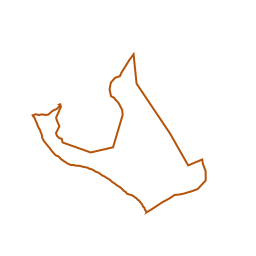 Malgretoute, Soufrière, Saint Lucia (Albers equal-area conic projection), rotated 294°
{"feature_id": "8701671B92996832063401", "entity_name": "Malgretoute", "entity_type": "district", "adm_level": 2, "iso_a3": "LCA", "parent_name": "Saint Lucia", "parent_adm1": "Soufrière", "projection": "albers", "projection_center": [-61.062, 13.843], "detail": "fine", "context": "isolated", "style": "outline", "palette": "amber", "viewbox_px": 256, "rotation_deg": 294, "n_neighbors": 0, "source": "geoboundaries", "source_scale": "gbopen_adm2", "svg_char_len": 3492}
<svg xmlns="http://www.w3.org/2000/svg" viewBox="0 0 256 256"><g transform="rotate(294 128 128)"><path d="M91.2,71.9L91.1,71.7L90.8,69.4L91.9,66.4L94.0,64.3L101.7,64.6L106.3,59.6L108.3,58.1L116.9,58.1L120.1,58.1L122.1,56.4L121.6,55.9L121.6,56.1L121.0,57.0L119.5,56.2L119.2,56.0L118.5,55.9L117.0,55.5L115.5,54.3L114.5,53.3L113.7,52.7L112.6,51.9L111.7,51.5L111.0,51.2L109.9,50.7L109.6,50.6L107.7,49.6L107.0,48.4L106.8,48.1L105.9,46.3L105.9,45.0L104.6,42.4L104.1,42.0L103.7,41.7L103.4,40.1L103.5,39.9L103.4,40.0L103.3,39.6L103.3,38.8L102.6,37.6L100.8,35.7L100.5,36.1L100.3,36.3L100.1,36.6L100.0,36.8L99.9,37.1L99.8,37.5L99.7,38.0L99.2,38.5L98.8,39.0L98.5,39.4L98.4,39.4L97.9,39.9L97.6,40.1L97.4,40.4L97.0,40.7L96.9,40.9L96.7,41.1L96.4,41.4L96.1,41.8L95.8,42.2L95.5,42.6L95.2,43.0L94.8,43.3L94.6,43.4L94.4,43.5L94.1,43.8L93.8,44.1L93.6,44.4L93.3,44.7L93.0,45.0L92.6,45.5L92.3,45.8L91.9,46.3L91.4,47.0L91.0,47.3L90.9,47.7L90.4,48.5L90.1,48.8L89.4,49.3L88.5,50.1L88.0,50.7L87.2,51.5L86.6,52.1L86.2,52.4L85.4,52.9L84.8,53.3L84.1,53.6L83.7,54.1L83.3,54.7L82.7,55.4L82.1,56.2L81.7,56.9L81.2,57.8L81.0,58.2L80.2,59.8L79.6,60.9L78.9,62.4L77.9,64.6L77.3,65.4L76.7,66.5L76.3,67.3L75.5,68.8L74.7,70.5L74.1,71.9L73.8,72.8L73.6,73.6L73.6,74.4L73.8,75.4L73.8,75.7L73.6,76.4L73.5,76.7L73.3,77.4L72.7,78.5L72.2,79.8L72.1,80.2L72.1,81.2L72.0,81.6L71.7,82.3L71.6,82.6L71.6,83.2L71.6,83.7L71.5,84.3L71.5,84.6L71.3,85.2L71.1,86.1L71.1,86.4L70.9,87.1L71.0,87.6L71.0,88.3L71.0,88.6L70.9,89.0L70.9,89.5L71.0,90.0L71.0,90.7L71.2,91.7L71.6,92.3L71.8,92.8L72.0,93.0L72.1,93.6L72.2,94.8L72.4,95.5L72.4,95.8L72.7,96.3L72.9,96.7L73.0,97.0L73.0,97.4L73.3,97.9L73.6,98.9L73.8,99.7L73.9,100.2L74.0,100.8L74.0,101.1L74.0,101.5L74.2,102.2L74.6,104.2L74.8,104.9L74.9,105.2L74.9,105.4L75.0,105.8L75.1,106.2L75.2,106.5L75.3,107.1L75.2,107.7L75.2,108.4L75.1,109.0L75.2,109.4L75.2,109.9L75.2,110.2L75.4,110.8L75.5,111.9L75.5,112.5L75.5,113.2L75.3,114.0L75.3,114.5L75.1,115.3L75.0,116.4L75.0,117.2L75.1,118.0L75.2,118.7L75.1,119.2L75.1,119.7L74.9,120.5L74.9,120.8L74.6,121.9L74.3,123.0L74.2,124.1L74.2,124.5L74.2,125.1L74.2,126.0L74.0,127.0L73.8,127.9L73.9,128.1L73.8,128.6L73.7,129.4L73.6,129.7L73.6,130.1L73.5,131.1L73.3,132.3L73.0,133.4L72.8,134.1L72.4,135.0L72.1,136.2L72.1,137.0L72.0,138.0L71.7,139.0L71.4,140.1L71.2,140.6L71.2,141.2L71.0,142.1L71.0,142.7L70.9,143.4L70.7,144.1L70.7,144.3L70.7,144.8L70.5,145.2L70.4,145.7L70.4,145.9L70.1,146.5L69.9,147.2L69.9,147.5L69.2,148.8L69.1,149.1L68.9,149.7L68.8,150.4L68.7,151.2L68.7,151.4L68.5,152.0L68.4,152.4L68.1,152.7L67.9,153.1L67.7,153.6L67.6,153.9L67.6,154.5L67.7,155.2L67.8,156.0L67.8,156.5L67.8,156.9L68.0,157.2L68.0,157.7L68.2,158.9L68.1,159.5L68.0,159.9L67.9,161.0L67.7,161.7L67.5,163.0L67.3,163.9L66.9,165.2L66.4,166.3L66.2,166.9L66.3,167.1L66.2,167.5L65.9,168.3L65.6,168.8L65.1,169.7L64.5,171.0L64.1,171.6L63.9,172.1L63.3,172.7L62.6,173.3L62.5,173.6L62.2,174.1L62.1,174.5L61.9,175.2L61.6,175.6L61.2,175.9L60.7,176.3L60.5,176.6L60.2,177.1L59.8,177.5L59.5,177.7L59.3,178.0L59.3,178.4L59.3,178.8L59.2,179.0L58.9,179.2L58.7,179.2L58.4,179.2L63.5,182.8L74.2,189.6L80.2,194.3L85.9,197.9L87.4,200.8L90.2,205.0L96.2,212.0L100.6,216.5L101.1,216.7L111.7,220.3L120.1,216.5L125.5,211.2L129.4,208.6L118.3,198.2L140.1,168.6L172.0,117.8L197.6,103.1L190.9,101.6L175.7,99.5L172.0,99.5L168.5,95.7L162.5,93.9L155.9,95.4L150.2,99.5L149.9,103.3L149.5,103.5L147.0,109.2L142.1,115.4L137.8,117.8L104.3,122.2L90.5,103.9L88.2,74.1L91.2,71.9Z" fill="none" stroke="#b45309" stroke-width="2"/></g></svg>